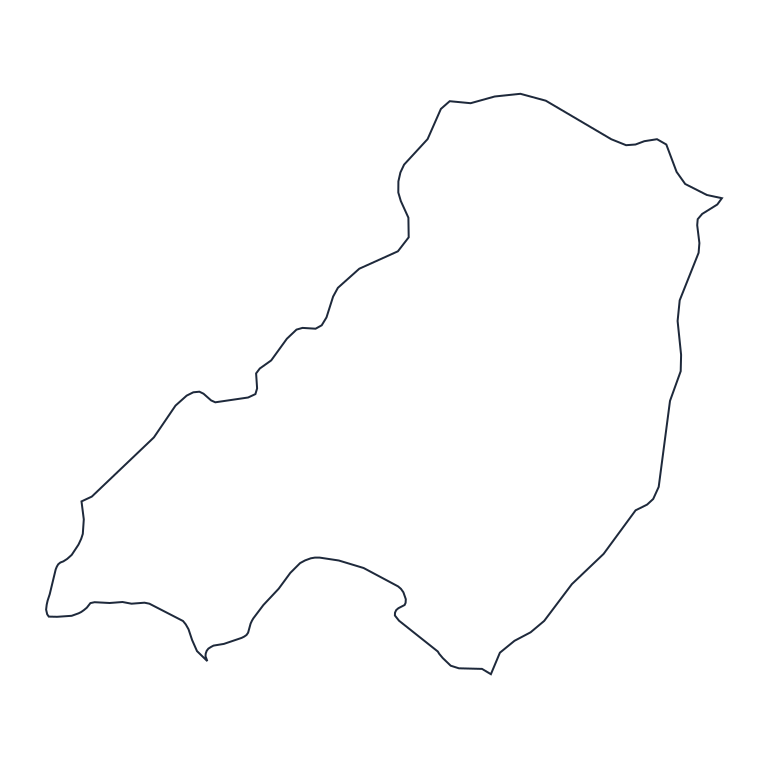 the border of Parma
{"feature_id": "ITA-5360", "entity_name": "Parma", "entity_type": "Province", "adm_level": 1, "iso_a3": "ITA", "parent_name": "Italy", "parent_adm1": "", "projection": "equal_earth", "projection_center": [9.894, 44.694], "detail": "fine", "context": "isolated", "style": "outline", "palette": "slate", "viewbox_px": 768, "rotation_deg": 0, "n_neighbors": 0, "source": "natural_earth", "source_scale": "10m", "svg_char_len": 1898}
<svg xmlns="http://www.w3.org/2000/svg" viewBox="0 0 768 768"><path d="M315.6,328.7L321.7,325.3L326.5,317.4L333.1,296.6L337.9,287.8L359.3,268.7L397.9,251.3L408.7,237.3L408.4,217.7L400.8,201.0L398.3,192.5L398.4,181.4L400.4,172.5L404.1,164.6L427.6,139.1L440.9,108.9L449.7,101.2L470.6,103.2L494.7,96.5L520.4,93.8L545.8,100.7L611.2,139.2L626.1,145.2L635.5,144.5L644.3,141.2L657.0,139.2L666.3,144.5L676.6,171.9L685.2,184.0L706.9,195.0L721.9,198.2L717.3,204.5L702.2,213.9L697.7,219.2L697.2,225.2L699.4,243.1L698.6,252.8L679.7,300.3L677.6,321.0L681.1,354.9L680.7,371.2L670.0,400.9L658.7,486.9L653.2,499.0L647.1,504.6L635.6,510.3L603.6,553.9L571.9,584.1L544.2,620.9L530.6,632.3L514.5,640.8L499.9,652.7L490.9,674.2L482.0,668.9L458.9,668.3L450.7,665.7L442.8,658.1L439.2,653.8L437.8,651.5L399.0,620.7L394.9,615.5L395.0,612.7L396.2,610.1L398.4,608.2L404.6,605.0L405.6,602.8L405.8,599.2L403.4,592.3L400.9,588.8L398.1,586.4L363.6,568.0L338.8,560.5L319.6,557.6L314.9,557.6L310.8,558.3L305.1,560.4L300.1,563.1L290.3,572.9L278.7,588.7L263.4,605.0L253.3,618.4L251.9,620.8L250.6,623.6L248.1,632.7L246.5,635.0L244.2,636.6L241.6,637.9L223.9,643.9L213.5,645.6L210.9,647.0L208.4,648.6L206.7,650.8L205.7,653.6L205.5,656.2L207.3,661.1L197.0,651.1L192.1,640.0L188.5,629.2L185.7,624.3L183.0,621.0L149.4,603.7L144.5,602.7L131.5,603.7L122.5,602.0L109.6,603.0L94.6,602.2L90.4,603.1L86.8,607.7L83.9,610.1L81.2,612.0L78.6,613.3L71.7,615.8L57.1,616.8L48.8,616.6L47.2,614.3L46.1,609.6L46.7,604.7L47.6,600.7L49.7,594.3L55.7,569.4L56.8,566.7L58.2,564.3L60.4,562.5L63.3,561.4L67.2,558.9L71.7,554.9L78.5,544.6L81.2,538.8L82.8,533.9L83.8,519.4L81.5,501.4L91.8,496.6L153.9,437.4L175.5,405.6L186.7,395.6L193.3,392.3L199.4,391.7L203.5,393.7L211.1,400.4L215.3,402.3L248.1,397.5L255.4,394.1L257.1,388.4L256.1,373.4L259.8,368.5L271.2,360.4L286.9,338.7L296.5,329.6L302.5,327.9L315.6,328.7Z" fill="none" stroke="#1e293b" stroke-width="2"/></svg>